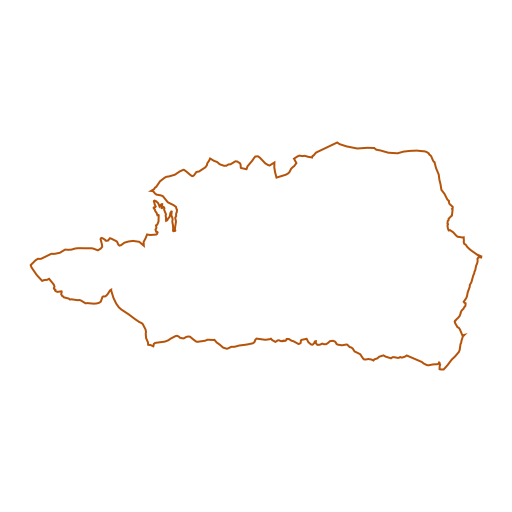 outline of Rachitova, Hunedoara, Romania
{"feature_id": "2599482B89503985313378", "entity_name": "Rachitova", "entity_type": "district", "adm_level": 2, "iso_a3": "ROU", "parent_name": "Romania", "parent_adm1": "Hunedoara", "projection": "mercator", "projection_center": [22.734, 45.618], "detail": "fine", "context": "isolated", "style": "outline", "palette": "amber", "viewbox_px": 512, "rotation_deg": 0, "n_neighbors": 0, "source": "geoboundaries", "source_scale": "gbopen_adm2", "svg_char_len": 6067}
<svg xmlns="http://www.w3.org/2000/svg" viewBox="0 0 512 512"><path d="M461.2,342.8L461.4,341.1L462.8,336.5L464.4,334.9L462.4,335.4L459.9,329.4L458.7,327.7L457.5,327.2L455.1,323.1L454.7,321.6L455.5,320.7L455.3,320.5L458.4,317.5L459.6,316.0L460.6,313.6L460.5,313.1L461.6,310.6L463.5,308.7L464.1,307.4L465.2,306.2L465.5,305.2L465.6,303.3L464.4,302.7L463.7,301.8L466.3,298.0L467.0,296.1L467.7,292.4L469.7,286.9L469.8,285.0L471.3,282.4L471.7,281.1L473.3,275.3L474.2,273.5L474.4,271.9L475.2,270.3L476.1,265.8L477.3,262.9L477.6,261.1L477.5,258.6L478.6,257.3L480.3,257.1L480.4,257.4L481.1,257.5L481.3,256.4L478.4,255.1L478.3,255.5L470.4,249.9L467.4,247.1L465.7,244.7L464.2,243.8L463.7,241.9L463.9,240.9L463.7,237.3L462.6,237.5L457.5,236.7L456.0,235.4L453.1,232.2L450.1,230.2L449.6,230.1L448.9,230.5L448.4,229.9L447.8,227.9L447.5,225.8L447.5,225.2L448.0,224.5L447.9,223.8L447.5,223.5L447.7,221.1L448.6,220.1L448.6,218.8L451.6,215.7L451.9,215.6L452.6,209.7L452.0,208.9L452.7,208.2L452.7,206.8L449.7,204.1L449.3,203.5L448.8,201.6L449.0,201.0L447.4,199.6L444.5,193.9L441.4,189.8L440.5,184.2L439.4,179.8L438.7,174.5L436.0,168.0L434.5,162.1L433.9,161.8L433.0,160.5L431.3,156.5L430.5,155.4L429.2,154.5L428.8,153.4L426.6,152.0L424.9,151.4L416.6,150.6L409.9,150.9L403.6,151.6L397.5,153.3L388.3,152.7L380.6,150.5L376.3,149.7L374.2,148.0L367.5,147.8L357.2,148.5L346.6,146.4L339.5,144.1L337.2,142.5L316.6,152.3L315.9,152.7L313.4,155.7L312.7,155.8L312.3,156.4L312.1,157.5L308.1,156.8L304.7,155.8L302.3,156.1L299.5,155.6L297.5,156.4L294.0,158.7L296.4,163.1L294.1,166.2L292.8,167.1L291.1,168.8L289.5,172.0L288.3,173.3L285.9,174.7L276.5,177.6L275.1,172.3L274.3,167.5L274.4,162.5L269.6,165.5L268.2,165.1L265.3,163.4L259.8,157.6L257.9,156.3L255.3,156.5L254.5,157.4L252.0,161.0L247.5,166.3L246.5,169.2L241.0,168.0L240.8,167.6L240.6,164.8L240.0,163.3L237.2,161.5L235.4,161.3L230.5,164.3L228.5,164.4L226.4,165.7L224.1,165.8L219.8,164.3L217.1,162.0L213.9,160.8L210.1,158.5L209.1,160.7L207.3,163.3L206.9,165.2L205.4,167.3L199.0,171.5L196.4,172.0L194.0,175.3L193.0,176.0L192.2,176.2L190.4,175.0L186.3,171.5L183.9,169.8L183.4,169.8L179.8,171.4L174.9,174.7L169.1,176.4L166.3,176.8L164.5,177.8L160.0,181.3L156.2,186.9L155.1,187.5L154.1,189.1L151.1,190.9L152.3,191.0L153.5,191.6L155.1,193.6L156.5,194.6L160.9,195.4L162.9,196.2L167.8,202.3L173.5,205.1L176.0,206.9L176.4,208.8L177.0,209.6L176.8,211.9L176.1,213.8L176.1,216.1L175.2,217.8L176.0,221.5L175.0,227.9L174.9,229.3L175.3,230.5L175.2,230.8L173.4,231.2L173.0,230.7L173.2,229.1L173.0,225.5L172.3,221.8L172.6,219.4L172.4,218.0L171.3,215.3L171.7,211.6L171.3,211.5L170.4,212.9L169.9,215.8L169.4,217.1L168.1,218.6L167.2,220.3L166.1,220.8L165.9,219.5L166.1,218.1L165.6,215.8L166.0,214.4L164.1,209.7L164.4,208.4L164.1,207.4L163.4,207.0L162.0,208.1L161.6,208.1L161.4,207.8L161.4,207.2L162.1,205.7L162.2,204.1L161.7,204.1L160.3,205.2L159.5,206.4L158.2,203.2L156.2,201.3L154.5,200.6L154.0,200.9L153.9,201.6L154.4,202.6L154.6,204.1L155.7,206.6L155.3,207.1L153.9,207.4L153.7,207.6L153.7,208.1L154.9,209.7L155.3,211.1L156.6,212.9L157.4,215.2L158.3,214.9L158.7,215.2L158.5,221.6L157.2,224.7L156.0,225.4L156.4,227.6L156.2,228.4L155.5,229.5L156.1,231.7L157.2,231.9L157.6,232.4L156.9,234.1L156.0,234.6L150.1,235.0L147.1,234.5L145.5,238.4L143.6,242.0L143.8,245.7L139.2,241.8L133.0,240.9L128.5,241.5L124.4,242.7L121.0,245.2L119.4,245.6L118.4,244.7L117.0,241.7L116.6,241.3L111.6,238.8L110.0,238.2L108.0,240.6L106.0,240.8L105.5,240.6L105.3,240.0L104.6,239.5L102.5,238.2L101.4,238.0L100.8,238.4L100.6,239.2L102.0,244.7L102.2,246.8L100.7,248.6L97.9,250.3L93.0,248.5L91.5,248.3L78.1,248.2L75.2,248.5L71.5,249.6L68.3,249.8L65.1,249.6L59.8,252.8L54.2,253.9L51.3,253.8L41.3,258.7L40.1,258.9L37.9,258.8L35.4,260.4L30.7,265.1L31.5,267.4L36.8,275.1L42.2,280.9L44.0,280.1L47.2,279.8L49.1,278.8L53.8,284.6L54.5,286.7L53.9,287.9L53.9,288.5L54.4,289.2L55.3,289.6L55.1,290.4L55.4,291.0L57.5,291.9L61.5,291.3L61.7,291.9L61.2,294.3L62.2,296.0L63.1,296.4L63.8,297.3L68.8,298.6L69.9,299.5L71.6,299.3L77.7,300.2L79.5,300.0L81.1,300.6L85.5,303.3L87.5,303.1L93.9,303.7L97.0,303.4L99.3,302.7L100.8,301.6L102.5,296.9L103.3,296.4L104.9,296.5L106.1,295.8L107.7,294.1L110.0,290.4L111.2,289.7L111.2,290.6L113.5,298.0L116.2,303.6L118.9,307.4L121.3,309.5L128.9,314.5L135.0,319.1L139.1,321.9L141.8,323.2L142.7,324.0L145.5,329.4L146.0,331.9L145.7,333.9L145.9,335.0L145.8,335.7L146.1,336.6L146.0,337.9L147.9,342.2L148.2,344.8L150.7,345.1L153.3,346.3L153.9,343.8L155.2,342.9L164.9,341.6L168.1,340.4L170.9,338.5L175.5,336.1L176.9,335.8L178.5,336.4L180.1,337.8L182.9,338.4L183.9,338.3L186.3,336.9L188.3,336.5L190.0,336.7L193.6,339.7L196.4,341.7L197.7,341.8L205.2,340.7L207.6,339.7L213.3,340.0L214.4,339.8L216.7,342.5L219.7,344.6L223.1,347.6L226.6,348.7L227.6,348.6L231.3,346.8L234.5,346.8L239.3,345.5L246.5,344.6L252.9,343.3L254.5,342.0L255.3,339.9L256.5,338.6L265.4,339.8L269.8,339.2L270.9,338.7L272.2,340.1L275.4,341.9L277.7,340.4L279.0,340.3L281.0,341.2L283.2,340.7L283.1,341.1L285.3,340.8L285.9,340.5L286.6,339.0L287.3,338.9L287.8,339.2L288.9,339.0L291.5,340.7L293.4,341.2L298.5,344.0L299.8,343.6L300.7,342.8L300.9,340.6L301.5,339.9L306.6,338.8L308.4,342.2L311.1,344.5L312.4,344.7L312.8,344.5L314.2,343.2L314.4,342.4L315.1,341.3L315.9,341.2L315.8,343.1L317.3,344.8L317.9,344.9L319.9,344.7L322.3,343.6L323.6,344.2L326.1,344.2L327.8,343.1L330.1,341.1L333.1,340.8L335.0,341.6L335.9,342.6L336.3,343.7L336.7,344.1L338.0,344.7L342.0,345.3L346.6,344.5L347.3,344.7L349.7,347.1L350.9,347.3L352.6,348.4L354.5,351.4L359.8,354.0L360.4,354.5L362.9,358.3L364.0,359.4L365.9,359.5L368.3,359.0L371.3,359.5L373.5,360.5L374.4,359.3L377.3,358.4L379.2,356.7L383.5,355.4L385.5,356.6L391.0,358.3L392.4,357.3L393.7,357.1L397.9,357.9L398.9,357.8L400.2,357.0L401.6,357.6L402.3,357.5L404.8,356.7L406.8,355.5L421.9,362.0L423.5,363.4L426.9,365.1L428.5,365.3L433.1,364.4L437.5,364.2L438.4,363.8L439.1,362.5L439.7,363.1L439.7,364.4L440.1,364.8L439.7,365.9L439.5,369.1L440.0,369.4L443.6,369.5L447.4,365.3L451.8,359.5L455.1,356.4L458.9,351.9L459.7,349.8L460.5,344.1L461.2,342.8Z" fill="none" stroke="#b45309" stroke-width="2"/></svg>